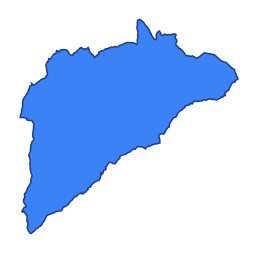 Racovita, Vâlcea, Romania (Natural Earth projection), rotated 272°
{"feature_id": "2599482B60342435469862", "entity_name": "Racovita", "entity_type": "district", "adm_level": 2, "iso_a3": "ROU", "parent_name": "Romania", "parent_adm1": "Vâlcea", "projection": "natural_earth1", "projection_center": [24.314, 45.393], "detail": "fine", "context": "isolated", "style": "filled", "palette": "blue", "viewbox_px": 256, "rotation_deg": 272, "n_neighbors": 0, "source": "geoboundaries", "source_scale": "gbopen_adm2", "svg_char_len": 5789}
<svg xmlns="http://www.w3.org/2000/svg" viewBox="0 0 256 256"><g transform="rotate(272 128 128)"><path d="M207.1,85.3L205.6,84.0L205.1,82.9L205.7,82.0L205.3,81.2L205.3,80.7L206.7,78.7L206.8,78.0L206.6,77.7L205.9,77.6L205.8,76.8L205.2,76.6L202.6,73.7L201.8,73.2L201.4,72.2L200.9,71.7L200.8,71.1L200.5,71.1L199.6,70.4L199.2,70.5L198.6,69.5L198.9,69.1L199.4,67.4L199.7,66.9L202.1,65.6L203.6,64.3L203.9,63.8L203.8,62.6L204.2,61.1L204.0,60.6L203.8,58.5L203.5,57.9L201.5,56.3L202.7,55.1L202.8,53.8L201.8,53.9L199.9,53.3L199.4,51.5L197.5,50.0L194.6,48.5L194.5,46.3L192.5,46.4L191.7,45.2L190.8,45.5L190.3,44.6L189.6,44.2L187.4,43.7L186.7,44.2L180.8,45.1L178.6,45.8L178.0,45.4L177.3,44.4L175.5,44.0L175.1,43.4L173.5,39.7L167.5,32.7L167.6,31.8L168.6,31.1L169.2,30.1L167.9,30.4L167.5,30.2L166.6,28.7L166.2,28.4L163.4,27.8L162.8,27.3L160.8,26.9L159.3,26.3L158.4,25.3L156.1,24.4L155.1,23.4L152.2,22.1L151.7,22.2L150.3,21.7L145.9,22.0L142.7,21.2L139.0,21.0L137.8,20.2L134.6,20.0L134.8,21.0L134.8,23.6L134.6,24.9L134.1,26.6L132.7,26.5L132.1,28.3L132.0,31.4L131.5,32.3L130.5,32.4L129.3,33.6L128.4,34.0L125.8,33.5L124.0,33.7L123.7,33.4L122.3,33.6L121.4,33.2L118.1,33.2L116.7,32.9L115.3,33.5L114.5,34.3L114.0,34.3L112.3,33.9L110.6,32.3L109.4,32.3L107.7,31.5L101.5,31.3L97.2,29.8L92.5,31.5L91.5,31.5L89.7,31.1L88.3,31.4L82.6,31.8L78.3,33.3L77.2,33.9L73.8,32.9L71.6,32.7L70.8,33.0L70.2,32.9L65.8,30.6L64.8,29.8L62.3,29.1L59.8,28.1L58.9,27.1L58.0,26.7L55.1,27.4L54.6,26.8L52.2,26.1L50.6,26.2L49.3,26.8L46.8,28.9L45.9,29.1L45.1,28.7L45.5,28.0L45.1,27.1L44.1,26.4L40.7,24.9L40.4,25.4L40.9,26.9L40.5,27.4L39.9,27.3L39.7,28.2L38.8,28.8L38.5,28.6L36.5,30.3L31.1,30.2L30.4,31.3L30.1,31.4L26.0,31.0L24.8,30.6L21.3,32.5L19.4,33.8L19.1,34.4L19.6,35.0L19.8,35.7L21.1,37.0L21.5,37.8L22.9,38.7L24.4,40.1L24.9,41.5L26.0,42.1L26.4,42.5L26.6,43.5L27.3,44.0L27.7,44.8L29.0,45.5L30.3,45.9L30.8,46.6L32.5,47.5L32.8,48.0L33.6,47.9L34.4,48.6L36.9,49.4L38.2,50.8L39.6,54.5L40.5,56.2L40.6,57.1L41.9,58.6L42.1,60.3L42.8,62.2L42.7,63.4L42.9,64.0L43.9,64.9L46.5,66.0L47.1,67.2L47.0,67.6L47.6,68.2L48.4,69.7L50.4,71.6L51.9,72.4L52.7,73.1L54.5,75.1L55.5,75.5L57.5,77.3L57.8,79.0L60.7,80.9L60.9,82.8L61.7,83.7L60.4,84.4L60.6,85.2L60.9,85.9L62.0,86.5L62.3,86.9L62.2,87.5L62.6,87.9L65.5,90.4L65.9,89.9L66.8,90.0L67.8,92.6L68.6,93.1L70.2,93.4L70.1,93.7L71.2,94.6L71.7,95.4L72.1,95.8L72.7,95.9L73.1,97.5L73.8,98.2L74.4,99.5L74.5,100.5L74.8,101.0L75.9,101.5L76.5,101.6L76.9,102.1L77.6,102.1L80.2,102.7L80.6,103.3L81.2,102.9L81.2,102.2L81.8,102.2L81.8,103.4L82.1,103.8L81.9,104.5L83.5,105.0L84.0,104.8L84.2,105.2L85.3,105.8L85.3,106.6L85.8,107.1L85.9,107.4L86.3,107.6L87.0,107.1L88.2,107.0L88.5,107.7L89.5,108.5L90.3,108.5L92.8,110.3L93.0,110.8L92.8,113.0L91.9,114.4L91.8,116.3L94.5,118.3L96.0,119.1L97.4,120.8L99.9,121.2L100.5,122.4L101.6,126.6L103.2,128.3L103.7,129.2L103.9,130.4L106.9,133.6L107.2,136.2L109.1,137.4L109.7,138.1L109.8,139.2L109.6,140.4L109.6,142.4L109.1,144.2L107.8,146.3L109.6,147.3L110.3,148.1L110.6,149.1L110.3,149.8L111.8,152.3L112.9,155.1L113.2,157.7L113.8,158.8L114.1,160.4L118.0,160.1L120.9,159.1L122.1,159.1L123.2,161.1L123.4,162.4L123.1,163.7L124.6,164.9L126.4,165.7L130.0,167.9L130.2,168.2L130.1,168.8L130.3,169.0L130.8,169.2L131.8,168.9L133.1,169.2L136.4,170.9L138.8,172.6L139.6,172.9L139.9,173.2L140.3,174.7L141.3,176.0L142.9,176.5L145.7,178.1L147.4,180.1L147.8,181.3L149.0,182.1L149.7,182.8L150.2,183.9L151.1,184.5L152.2,184.8L152.6,185.3L152.7,186.3L152.5,186.6L153.1,187.5L153.1,188.1L154.5,188.9L154.2,189.8L155.1,190.6L154.9,190.9L154.3,191.2L154.3,191.5L154.6,191.8L155.7,191.9L157.4,193.9L157.1,195.2L156.8,195.7L157.2,196.7L157.1,198.1L157.6,199.3L157.5,200.4L158.7,202.4L158.8,204.3L158.4,205.0L158.5,205.5L159.7,206.8L159.7,207.7L160.1,208.7L159.4,210.5L159.5,212.0L159.9,212.8L159.4,213.6L159.1,215.5L160.4,217.8L160.7,218.8L161.3,219.6L162.2,220.2L162.0,220.7L162.0,221.4L163.7,222.9L163.8,224.1L164.7,224.1L166.0,223.4L166.3,223.5L167.1,224.6L168.6,225.1L168.5,226.3L169.8,227.5L171.8,228.1L176.8,230.7L177.2,231.3L177.8,233.3L178.2,233.6L178.9,233.4L179.6,233.8L179.8,234.8L180.6,236.0L182.2,235.9L183.7,234.5L185.3,234.2L187.4,233.1L190.3,232.2L191.2,230.4L192.5,228.5L193.0,228.2L197.1,223.5L197.4,221.4L198.6,218.3L202.7,213.7L204.3,211.4L204.6,210.3L205.2,204.6L205.9,201.9L202.1,197.4L200.8,195.5L200.2,194.0L200.6,192.9L201.5,191.7L202.3,189.7L201.9,189.1L201.8,187.8L202.0,187.3L202.0,185.9L202.5,185.6L202.2,184.8L202.4,183.8L203.5,182.5L204.9,181.7L206.9,179.8L207.7,179.4L207.7,178.8L207.9,178.5L209.2,177.5L209.4,176.9L209.2,176.0L210.3,175.6L211.5,174.6L212.3,173.1L214.1,172.9L216.5,173.9L218.0,173.4L219.7,171.9L221.0,171.9L222.6,172.9L223.5,172.2L223.7,170.0L223.3,169.0L222.8,168.5L222.9,167.6L222.5,167.1L222.8,166.6L222.8,164.8L222.3,163.9L223.2,161.1L221.7,159.4L221.6,158.9L222.2,157.9L224.7,156.9L225.9,156.1L226.0,155.8L225.4,154.9L223.1,153.1L220.3,153.1L219.0,153.5L217.2,152.9L217.9,150.9L221.9,148.0L223.2,147.8L224.1,146.7L226.2,146.2L227.9,144.7L229.3,144.1L231.2,141.9L234.6,139.6L234.9,138.4L236.2,137.5L236.4,137.1L236.3,136.5L236.9,136.1L236.7,135.2L235.7,133.7L234.3,134.0L233.9,133.6L231.6,133.8L228.6,133.3L223.7,134.7L222.8,134.7L221.3,134.3L218.4,134.8L216.4,134.1L213.7,134.4L212.2,134.1L211.8,133.7L212.9,131.7L213.4,129.8L213.5,124.5L213.0,123.0L213.0,122.8L211.8,120.8L211.6,119.9L210.8,118.9L210.8,118.2L210.4,117.1L208.9,115.0L208.3,114.4L209.1,112.2L208.8,111.9L208.1,110.0L208.4,109.2L208.2,108.6L208.3,108.0L207.8,107.6L207.6,106.5L206.5,105.1L206.6,104.5L206.4,104.1L206.4,103.0L204.6,100.8L204.2,99.6L204.2,98.3L203.3,97.7L203.2,97.3L202.9,96.9L202.8,96.3L202.4,96.1L200.7,96.1L200.2,95.1L197.4,92.1L199.8,90.4L200.4,89.2L201.1,88.9L201.2,88.3L201.6,87.9L203.6,86.7L205.5,86.3L207.1,85.3Z" fill="#3b82f6" stroke="#1e3a8a" stroke-width="1.5"/></g></svg>